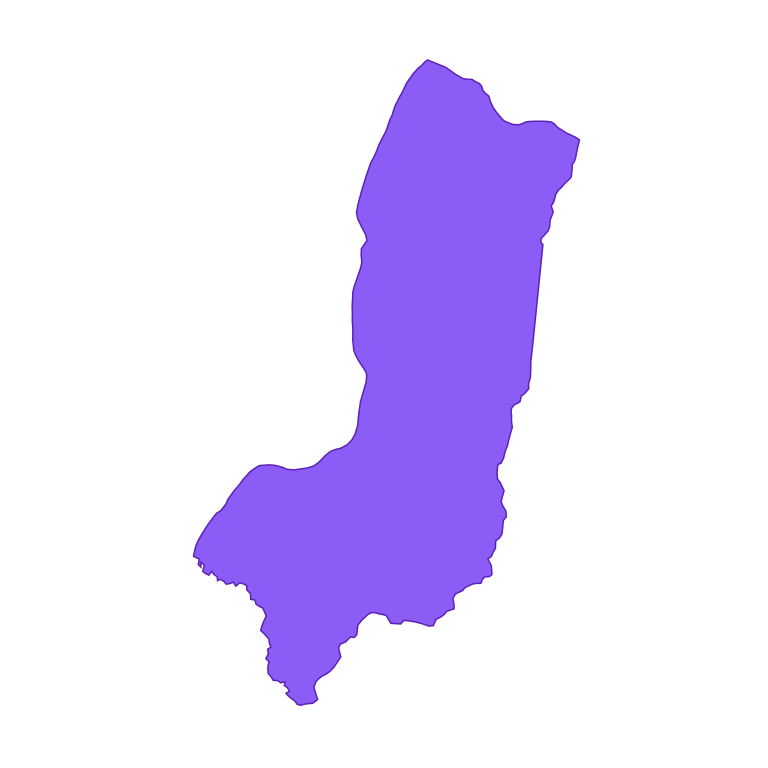 Castilho, São Paulo, Brazil (Natural Earth projection), rotated 4°
{"feature_id": "56859067B68099845799403", "entity_name": "Castilho", "entity_type": "district", "adm_level": 2, "iso_a3": "BRA", "parent_name": "Brazil", "parent_adm1": "São Paulo", "projection": "natural_earth1", "projection_center": [-51.587, -20.896], "detail": "fine", "context": "isolated", "style": "filled", "palette": "violet", "viewbox_px": 768, "rotation_deg": 4, "n_neighbors": 0, "source": "geoboundaries", "source_scale": "gbopen_adm2", "svg_char_len": 3749}
<svg xmlns="http://www.w3.org/2000/svg" viewBox="0 0 768 768"><g transform="rotate(4 384 384)"><path d="M562.0,126.9L557.4,124.3L548.5,120.9L538.9,115.7L535.4,112.3L532.4,110.9L528.8,110.7L523.8,110.8L512.7,111.7L507.3,112.6L504.2,114.4L500.2,116.1L494.5,116.1L486.3,113.6L483.6,111.7L477.2,105.0L473.6,100.6L470.5,94.9L468.4,89.4L465.0,87.0L462.3,84.3L460.7,80.2L458.2,77.6L454.7,76.3L450.6,74.0L445.7,74.2L441.3,73.8L433.5,69.9L423.7,63.9L404.8,57.7L402.4,59.8L398.6,64.4L396.2,66.4L391.5,72.4L385.6,82.1L382.0,91.4L379.5,96.6L376.0,105.0L374.4,110.6L373.4,115.1L371.4,120.0L368.6,131.0L362.6,144.9L359.9,153.5L358.5,157.3L356.9,161.1L355.3,164.3L351.4,179.2L348.1,193.4L345.6,206.2L344.6,215.0L346.4,221.4L352.3,231.5L355.5,236.6L356.9,242.3L352.0,250.6L352.2,257.0L353.4,264.1L352.8,268.6L352.0,272.2L349.8,280.2L348.6,284.6L347.4,288.9L346.5,294.6L346.7,300.3L346.8,308.4L347.6,316.6L347.9,322.8L348.7,328.4L349.3,333.8L349.8,342.5L351.5,352.4L353.4,356.7L357.1,362.7L361.3,368.1L365.1,373.2L366.2,376.8L366.1,383.0L361.8,403.0L360.9,415.5L360.6,427.4L358.7,435.8L356.0,441.8L351.4,447.3L345.4,451.0L339.7,452.9L335.1,455.1L330.3,459.6L324.4,466.7L319.7,470.7L316.5,471.9L313.0,473.2L300.4,475.9L293.2,475.9L288.9,474.3L283.8,473.2L279.9,472.7L275.1,472.7L265.2,474.1L260.6,477.4L256.4,481.0L250.4,488.7L247.1,493.9L240.8,502.6L236.3,510.1L234.7,514.7L231.7,519.3L229.8,521.9L225.9,524.7L222.4,529.9L218.5,535.9L214.4,543.3L212.5,547.0L210.0,552.1L207.8,557.8L206.5,565.0L206.0,569.2L211.9,571.6L211.3,577.0L214.1,579.4L213.8,574.7L217.4,577.0L216.3,583.6L219.1,585.5L222.6,586.9L225.2,583.0L227.8,586.0L231.1,587.9L231.6,591.7L234.6,590.3L237.9,592.0L240.5,594.7L244.0,593.9L247.5,592.3L250.4,596.0L253.9,592.4L258.1,593.3L261.3,594.9L261.3,598.7L265.5,602.7L266.1,608.1L270.3,608.5L271.7,612.6L274.6,614.3L278.7,616.0L281.1,620.5L282.7,623.7L280.7,628.9L279.1,634.0L278.2,638.6L281.3,640.9L283.9,643.5L287.0,646.5L287.8,650.7L289.5,654.4L286.4,656.7L287.5,661.1L285.3,666.2L288.6,668.9L287.9,674.3L288.5,680.6L291.6,683.7L294.1,687.3L298.6,687.3L302.0,689.3L305.9,687.9L305.6,691.7L308.8,693.6L311.2,697.2L307.8,699.3L310.1,701.7L313.6,704.3L317.3,706.5L319.7,709.6L323.2,710.3L327.5,708.8L331.7,708.0L335.1,707.5L339.8,703.4L335.2,691.4L336.9,685.5L339.8,682.2L343.1,679.4L346.7,677.3L350.0,674.5L353.8,670.0L360.0,659.2L358.2,654.0L357.1,650.1L358.8,646.4L363.6,644.0L368.2,638.7L372.1,638.9L374.3,636.0L374.7,626.5L378.6,620.7L384.9,614.3L388.0,612.8L391.2,612.8L395.1,613.7L399.3,614.1L402.5,615.0L407.6,622.3L417.4,622.2L420.4,618.4L425.6,618.6L430.6,619.0L438.4,620.4L442.5,621.5L446.0,622.4L450.1,621.6L452.4,615.3L457.5,612.0L460.4,609.4L462.2,606.6L469.6,603.3L469.2,598.7L467.7,593.1L470.0,588.4L476.9,584.5L479.3,581.1L482.4,579.6L486.1,577.4L489.4,576.6L494.6,576.0L495.7,572.2L497.9,569.5L502.7,568.7L505.0,566.5L503.8,558.1L502.0,554.8L499.8,551.3L503.0,548.7L504.7,544.2L506.6,540.2L506.4,532.7L510.1,529.4L512.2,525.1L512.6,511.7L515.3,507.8L514.5,502.5L510.9,497.1L509.1,493.4L509.6,489.8L511.2,482.1L506.9,474.3L503.8,470.8L502.9,463.9L503.3,456.3L506.3,454.8L508.5,449.5L509.1,445.2L510.1,441.0L511.4,437.3L512.3,431.3L513.7,424.2L515.0,418.0L513.8,412.5L513.4,406.2L512.6,402.5L513.1,398.9L515.3,395.7L520.8,392.4L521.9,386.2L524.6,384.1L528.7,378.7L528.2,373.4L529.5,367.9L529.5,362.3L529.2,356.4L528.9,351.3L529.1,347.5L529.7,332.0L531.7,268.8L532.6,240.7L532.8,233.9L530.5,231.5L530.8,227.6L533.7,224.2L537.1,219.6L538.3,215.5L538.3,209.0L540.8,200.6L538.4,194.7L540.5,190.8L541.5,186.5L541.9,183.0L544.4,178.6L547.4,175.3L550.1,171.6L553.6,167.9L556.2,164.8L556.6,159.3L556.6,151.6L558.5,148.3L559.4,144.5L559.9,140.0L560.5,135.7L561.3,130.8L562.0,126.9Z" fill="#8b5cf6" stroke="#5b21b6" stroke-width="1.5"/></g></svg>